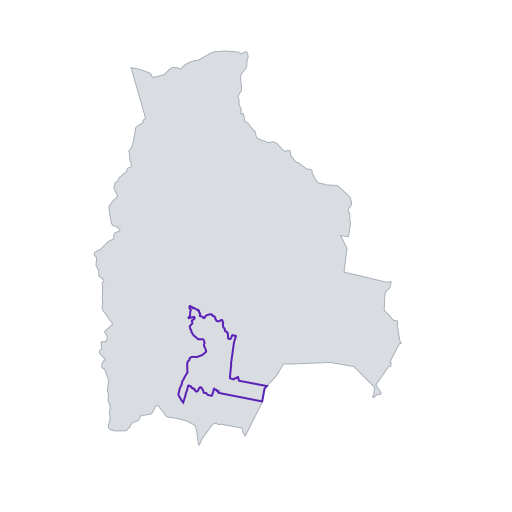 Chuquisaca on a map of Bolivia (Robinson projection), rotated 11°
{"feature_id": "BOL-1292", "entity_name": "Chuquisaca", "entity_type": "Department", "adm_level": 1, "iso_a3": "BOL", "parent_name": "Bolivia", "parent_adm1": "", "projection": "robinson", "projection_center": [-64.786, -19.94], "detail": "fine", "context": "in_parent", "style": "outline", "palette": "violet", "viewbox_px": 512, "rotation_deg": 11, "n_neighbors": 0, "source": "natural_earth", "source_scale": "10m", "svg_char_len": 9045}
<svg xmlns="http://www.w3.org/2000/svg" viewBox="0 0 512 512"><g transform="rotate(11 256 256)"><path d="M100.7,295.7L100.0,288.8L98.8,287.1L97.2,285.9L96.7,284.5L97.2,283.1L100.4,280.2L102.1,279.7L102.5,278.3L108.3,270.1L110.1,268.4L112.1,267.2L113.0,266.3L112.5,263.3L112.6,261.3L113.3,260.0L117.2,257.6L117.6,257.1L117.4,256.4L115.7,254.8L112.2,253.5L109.9,253.6L107.7,251.4L103.1,239.0L102.3,236.1L102.3,235.0L105.4,228.8L108.7,223.9L108.3,222.8L104.5,218.0L103.4,215.7L103.7,210.6L105.9,209.2L107.0,204.7L107.9,203.9L110.0,200.9L112.8,198.0L113.0,194.7L113.9,193.7L116.3,192.7L116.5,191.8L116.0,189.5L114.8,187.1L113.8,186.0L112.5,180.1L111.1,177.1L112.6,174.5L113.5,171.5L113.8,168.1L113.5,153.0L116.5,149.2L117.9,148.4L119.3,147.1L119.2,144.7L121.2,141.6L97.4,94.9L106.7,95.0L116.8,96.7L118.5,97.7L118.8,99.3L120.0,100.0L122.7,99.6L131.0,95.6L132.1,94.3L135.0,89.8L137.3,87.4L139.4,86.5L143.5,86.2L144.9,86.9L146.5,86.8L148.0,84.2L150.2,81.4L154.6,77.9L156.8,77.0L158.2,75.8L160.6,75.6L162.7,74.3L172.8,65.5L176.8,63.2L181.5,62.2L185.1,61.0L194.1,59.7L199.9,59.2L201.7,60.4L203.8,60.1L205.5,58.1L207.0,57.5L208.1,57.5L209.6,59.9L210.4,62.4L209.9,64.3L210.0,67.0L210.7,70.6L210.3,73.8L207.0,79.7L206.7,81.5L206.9,83.9L207.9,87.7L209.7,93.1L210.0,97.1L208.8,99.6L208.2,101.9L208.3,103.7L208.7,105.1L209.5,105.8L210.0,107.3L210.1,109.5L211.1,111.7L213.1,113.8L213.9,115.8L213.6,117.7L213.7,118.9L214.3,119.4L215.5,118.5L216.2,118.6L217.6,121.3L218.6,124.0L218.8,125.7L223.1,127.4L228.9,132.6L231.4,134.0L233.9,139.7L238.3,141.0L246.6,142.4L250.6,140.6L253.2,140.8L256.0,142.1L262.3,146.9L264.8,147.8L266.6,146.5L268.3,146.1L269.6,146.6L271.0,150.7L275.8,155.2L277.6,156.5L279.7,156.4L288.5,160.6L290.8,160.9L293.1,160.6L294.7,161.4L295.3,163.9L299.2,168.8L301.1,170.7L303.3,172.4L308.9,172.4L310.6,172.9L322.1,171.3L326.4,173.5L337.1,180.4L339.3,184.8L339.8,187.3L339.2,189.7L338.2,190.7L337.9,192.3L338.3,194.6L340.0,196.7L341.5,203.9L342.5,205.3L343.1,219.5L334.9,219.8L336.3,221.1L343.8,231.3L345.5,255.0L388.5,256.8L389.6,256.8L392.8,255.5L393.6,255.5L393.4,261.7L390.2,266.5L390.0,268.0L390.4,274.4L391.5,279.5L392.0,284.1L393.2,285.6L396.9,288.0L402.5,292.5L404.8,293.1L406.7,292.5L407.8,294.3L408.0,297.3L413.0,310.9L413.9,312.7L415.3,313.6L415.0,314.3L413.8,314.6L413.2,315.6L407.6,334.7L409.0,334.8L409.3,338.6L407.6,338.9L407.1,339.7L398.2,359.7L405.2,366.8L404.5,368.0L401.0,369.1L399.1,372.0L397.4,372.4L397.9,367.4L397.5,363.1L396.9,361.9L373.3,345.9L349.3,346.3L309.9,355.6L303.5,356.7L299.2,369.1L289.8,384.4L289.7,399.5L279.8,434.7L277.4,432.5L275.6,429.2L275.1,427.6L274.8,427.6L253.2,427.8L252.1,428.5L250.6,428.5L249.4,427.8L248.3,427.9L246.7,428.5L245.3,429.9L237.8,445.8L236.7,451.6L236.2,452.6L235.0,450.6L231.1,438.9L228.9,434.6L226.5,433.3L218.9,431.0L205.2,430.5L200.8,431.0L198.6,430.7L196.3,428.3L191.1,424.0L190.1,422.7L188.1,421.8L186.9,421.7L186.2,422.6L184.2,429.3L183.1,431.1L176.0,433.9L174.1,434.2L173.1,435.8L172.7,438.0L171.8,440.0L166.9,443.0L165.8,444.3L165.2,447.3L161.6,452.4L151.6,454.5L148.3,454.5L146.0,454.2L143.8,452.5L143.5,449.6L143.9,446.7L143.7,442.5L141.9,437.7L142.0,436.2L141.8,433.8L140.9,429.4L138.6,427.1L137.6,420.2L135.6,416.2L135.3,406.6L129.0,396.0L126.5,395.2L125.8,394.6L125.5,393.0L125.7,389.1L127.7,386.4L120.9,381.2L120.4,380.0L120.5,378.8L122.3,376.8L121.1,374.2L121.2,371.9L120.4,370.9L120.5,370.2L121.2,369.5L124.6,368.8L125.6,366.4L125.6,364.5L125.1,363.1L122.0,359.6L121.9,359.0L128.1,350.3L127.9,349.6L127.3,348.8L123.9,346.2L120.3,342.2L117.7,340.1L115.7,338.1L114.8,336.3L114.5,331.7L113.2,326.9L111.4,315.7L110.0,311.5L111.4,309.3L111.3,308.7L105.5,305.5L104.3,300.3L100.7,295.7Z" fill="#d9dde1" stroke="#a8b0b8" stroke-width="1"/><path d="M291.5,381.6L290.9,382.5L290.0,384.1L289.7,384.9L289.8,397.6L248.2,397.5L245.7,397.4L245.2,397.4L244.7,396.8L244.5,396.5L244.5,396.2L244.7,395.9L244.3,395.9L244.1,395.9L243.4,395.9L243.1,395.7L243.0,395.2L242.8,395.0L242.3,394.8L241.7,394.8L241.3,395.0L241.0,395.0L240.7,394.8L240.3,394.4L240.2,394.3L240.0,394.8L239.9,395.0L239.9,396.0L240.0,397.8L240.0,398.1L239.9,398.3L239.7,398.6L239.6,399.1L239.5,399.3L239.5,399.5L239.6,399.9L239.6,400.1L239.6,400.7L239.6,400.9L239.5,401.0L239.4,401.2L239.3,401.4L239.1,401.6L238.9,401.8L238.7,401.8L237.8,401.6L237.4,401.5L235.9,401.7L235.4,401.6L234.4,401.1L233.5,400.3L233.3,400.1L233.1,400.1L232.8,400.0L232.6,400.0L232.1,400.0L231.3,400.3L231.1,400.3L230.9,400.3L230.8,400.2L230.7,400.1L230.5,399.8L229.9,398.3L229.8,398.2L229.0,397.2L228.9,397.1L228.4,396.8L228.3,396.7L228.2,396.5L228.1,396.1L227.9,395.9L227.7,395.8L227.3,395.8L227.2,395.7L226.7,395.5L226.6,395.4L226.4,395.4L226.2,395.5L225.8,396.0L225.6,396.5L225.2,397.1L225.0,397.5L225.0,397.9L225.0,398.5L224.9,398.6L224.7,399.1L224.6,399.6L224.5,399.8L224.3,399.9L223.9,400.2L223.4,400.3L223.1,400.5L222.9,400.4L222.7,400.2L222.2,399.9L222.0,399.7L221.8,399.3L221.7,399.2L221.4,399.1L221.1,399.0L221.0,398.9L220.9,398.4L220.7,398.2L220.4,398.1L220.1,398.2L219.9,398.1L219.7,398.0L219.5,397.8L219.4,397.7L219.2,397.7L218.8,397.8L218.7,397.9L218.3,397.5L218.1,397.5L217.8,397.6L216.9,396.4L216.7,396.3L216.6,396.2L216.3,396.2L216.0,396.4L215.8,396.4L215.6,396.4L215.2,396.2L214.7,395.9L214.4,396.0L214.2,396.4L214.1,396.6L213.8,402.1L213.4,403.8L213.3,404.1L213.3,405.3L213.4,405.9L212.7,411.9L212.5,413.7L210.4,411.9L206.7,407.6L206.3,406.5L206.2,406.3L206.2,405.6L206.5,402.4L206.4,402.0L206.3,401.6L206.3,401.2L206.4,400.6L207.5,396.4L207.6,392.6L208.3,391.4L208.5,390.8L208.8,389.1L208.9,388.7L210.9,383.5L209.1,375.5L209.0,374.9L209.0,373.8L209.0,373.5L209.3,372.5L209.4,372.3L209.6,372.0L210.4,370.7L210.5,370.2L210.4,369.7L210.4,368.9L210.5,368.7L210.9,368.5L211.0,368.4L211.6,367.9L212.1,367.4L212.7,367.2L213.5,367.0L214.1,366.9L216.7,366.6L217.2,366.5L222.1,363.5L224.1,361.1L225.0,359.8L225.3,359.4L225.1,358.7L224.5,357.5L222.3,354.4L222.0,353.8L221.9,353.2L221.9,352.6L221.9,352.0L222.1,351.5L222.1,351.2L222.0,350.8L221.8,350.5L221.6,350.4L221.5,349.7L221.2,349.1L220.7,348.5L220.3,348.1L219.6,347.9L218.8,347.9L216.8,348.6L216.2,348.6L215.9,348.4L215.7,348.5L215.2,348.7L214.6,348.5L213.0,347.5L212.6,347.2L212.2,346.9L211.0,346.6L210.6,346.3L210.2,345.9L208.9,345.0L208.6,344.6L208.0,343.6L207.3,343.1L206.9,342.7L206.8,342.3L206.7,341.5L206.6,341.2L206.4,340.9L206.2,340.7L205.4,340.1L205.0,339.3L204.5,337.9L204.5,337.7L204.6,337.3L205.7,335.3L205.9,335.1L206.2,334.8L206.3,334.6L206.3,334.4L206.2,334.0L206.2,333.6L206.1,333.2L206.0,332.9L205.8,332.7L205.5,332.5L205.5,332.4L205.4,332.3L205.4,331.9L205.4,331.7L205.5,331.4L206.4,330.5L206.8,330.2L207.0,330.1L207.2,329.8L207.5,329.3L207.6,328.9L207.6,328.6L207.5,328.3L207.5,328.2L207.4,328.0L207.2,327.9L206.9,327.8L206.8,327.7L206.7,327.8L205.5,328.1L205.0,328.3L202.2,329.8L201.9,329.9L201.6,329.7L201.5,329.4L201.5,329.2L201.7,328.9L201.8,328.7L202.4,328.2L202.6,327.9L202.7,327.6L202.2,324.2L202.1,323.0L202.3,321.5L202.3,321.2L202.2,321.0L201.9,320.8L201.3,320.5L201.1,320.4L201.0,320.2L200.7,319.9L200.6,319.7L200.6,319.2L200.4,318.1L200.5,317.9L200.7,317.7L200.9,317.6L201.0,317.6L201.3,318.0L201.7,318.2L201.9,318.2L202.0,318.4L202.3,318.5L203.1,318.4L203.3,318.5L203.5,318.5L203.8,319.0L204.0,319.3L204.3,319.4L205.2,318.9L205.3,318.9L205.5,318.9L205.8,319.0L207.8,319.8L208.4,320.1L208.8,320.1L209.6,319.9L209.7,320.2L209.7,320.5L209.8,320.8L210.0,320.8L210.3,320.7L210.6,320.8L210.8,321.8L210.9,322.1L211.2,322.4L211.5,322.7L211.8,322.8L212.1,323.1L212.2,323.9L212.2,324.7L212.2,325.3L212.6,325.7L213.0,325.8L214.1,325.6L214.5,325.7L215.0,325.9L216.2,326.8L216.5,326.9L216.9,326.9L217.2,326.6L217.4,326.2L217.5,325.3L217.7,324.9L218.0,324.5L218.6,323.9L219.6,323.2L221.0,322.4L222.9,321.8L223.5,321.8L224.0,321.9L224.2,322.1L224.5,322.6L224.6,322.9L225.2,323.1L226.4,323.1L226.9,323.4L227.2,324.1L227.4,324.4L227.8,324.5L228.2,325.5L228.4,325.8L228.9,326.2L229.1,326.5L229.5,327.1L229.8,327.3L230.1,327.3L231.5,327.3L231.9,327.2L232.2,327.1L234.0,325.5L234.6,325.3L235.1,325.5L235.3,325.7L235.5,326.5L236.2,327.3L236.5,327.6L236.5,328.0L236.5,328.4L236.5,328.8L236.5,329.3L236.6,329.7L236.9,330.5L237.1,330.9L237.3,331.7L237.4,332.1L238.0,332.6L238.5,332.9L239.0,333.2L239.4,333.9L239.5,334.3L239.5,334.8L239.6,335.2L239.8,335.5L240.1,335.7L240.5,335.8L241.3,335.8L241.7,336.0L241.9,336.2L242.1,336.6L242.4,336.9L242.6,337.0L242.8,337.0L243.0,337.1L243.1,337.3L244.2,341.5L244.3,341.8L244.4,342.1L244.6,342.4L245.0,342.5L245.5,342.6L246.0,342.5L246.4,342.4L246.7,342.2L247.0,341.9L247.2,341.6L247.3,341.2L247.5,339.0L247.8,338.4L248.2,338.1L248.5,338.1L249.2,338.3L249.7,338.4L251.3,338.2L251.6,338.6L251.0,343.7L250.9,345.5L252.0,366.3L252.1,366.6L252.4,367.5L253.5,379.7L253.9,381.0L254.4,381.1L256.1,381.1L257.3,381.4L257.5,381.4L257.8,381.3L257.9,381.2L258.0,381.0L258.5,380.3L258.7,380.1L258.9,379.9L259.2,379.8L259.7,379.7L259.9,379.7L260.0,379.6L260.4,379.3L260.5,379.0L260.9,378.5L261.0,378.3L261.3,378.2L261.6,378.5L262.0,379.1L262.7,381.2L263.0,381.5L263.4,381.7L291.5,381.6Z" fill="none" stroke="#5b21b6" stroke-width="2"/></g></svg>